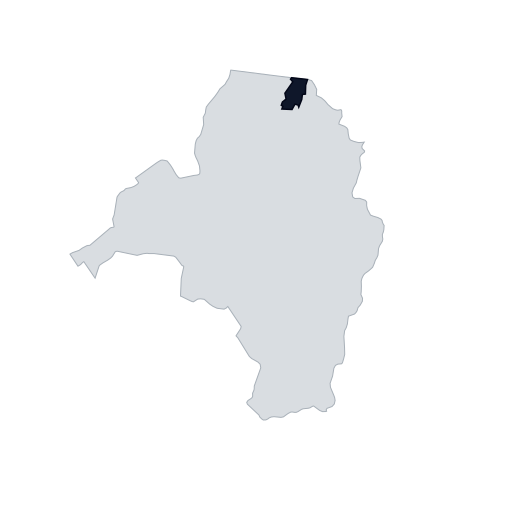 location of Budi, Eastern Equatoria, South Sudan, rotated 236°
{"feature_id": "79223893B70583427213056", "entity_name": "Budi", "entity_type": "district", "adm_level": 2, "iso_a3": "SSD", "parent_name": "South Sudan", "parent_adm1": "Eastern Equatoria", "projection": "natural_earth1", "projection_center": [33.404, 4.372], "detail": "fine", "context": "in_parent", "style": "filled", "palette": "ink", "viewbox_px": 512, "rotation_deg": 236, "n_neighbors": 0, "source": "geoboundaries", "source_scale": "gbopen_adm2", "svg_char_len": 4060}
<svg xmlns="http://www.w3.org/2000/svg" viewBox="0 0 512 512"><g transform="rotate(236 256 256)"><path d="M385.1,383.8L372.7,398.2L371.8,399.0L370.3,400.2L365.3,400.2L360.2,399.5L355.4,395.8L350.6,398.6L347.5,399.5L345.7,399.9L341.4,400.3L335.3,401.9L332.6,403.8L331.1,405.3L329.9,408.1L329.3,408.4L328.2,408.1L326.6,407.0L323.4,405.3L321.8,401.8L320.3,399.6L319.0,398.5L313.9,402.0L311.4,402.9L309.4,402.8L305.7,400.8L301.6,399.1L299.4,399.1L296.3,401.2L292.7,404.4L290.8,407.6L289.9,409.4L288.7,406.5L287.4,404.8L285.7,404.1L282.3,404.8L281.4,403.7L281.3,401.3L280.8,399.0L279.9,397.3L277.2,395.6L270.4,392.2L265.1,385.3L262.5,382.1L260.6,380.1L257.8,374.7L254.7,370.9L250.9,369.2L248.4,370.1L245.9,374.1L241.0,377.8L238.8,377.9L235.9,375.9L232.4,374.5L225.9,373.8L223.3,375.6L219.8,378.5L216.8,380.2L215.0,380.4L213.3,379.7L211.4,379.3L209.7,379.3L206.2,376.6L204.5,374.7L203.3,372.9L201.3,371.6L199.1,370.6L197.5,368.9L196.6,366.9L195.4,364.2L193.7,361.8L188.5,357.6L186.9,355.1L185.8,352.6L183.7,349.9L181.4,346.3L180.7,341.0L180.6,336.7L180.1,334.7L179.1,332.7L178.0,331.0L176.2,329.1L171.9,326.4L167.5,323.2L165.4,321.4L161.4,320.7L159.0,318.9L157.0,314.9L156.2,311.7L154.1,309.2L153.3,307.4L152.8,305.3L154.4,299.0L152.1,296.8L148.6,293.8L146.1,290.7L144.6,287.8L140.2,283.9L130.4,278.1L124.8,274.5L121.8,271.2L119.1,267.9L118.8,266.6L120.6,263.4L120.9,260.7L119.4,257.8L113.6,252.3L109.0,246.2L105.5,244.3L97.0,242.6L94.6,242.0L92.0,240.8L89.5,238.1L88.7,234.8L90.0,229.7L89.2,228.1L87.8,227.7L88.2,226.6L89.8,224.1L92.4,222.4L99.4,219.9L99.8,218.9L100.0,215.7L100.6,214.1L103.0,209.6L103.4,207.8L103.5,204.0L103.8,202.2L104.5,200.9L106.5,198.7L107.2,197.4L107.5,194.4L107.3,188.7L108.3,186.4L112.7,181.1L113.9,178.8L114.4,176.7L114.3,174.6L114.6,172.5L115.9,170.4L117.1,169.8L120.3,169.1L122.5,169.5L138.0,166.0L139.9,166.5L140.7,168.6L140.6,172.0L140.8,173.6L141.6,174.8L144.1,176.4L145.8,179.1L146.7,180.1L149.2,181.9L160.6,197.4L163.9,198.9L167.0,198.3L173.3,195.1L176.4,194.3L198.4,195.2L200.8,194.8L201.0,194.8L204.3,202.6L205.9,204.3L229.9,204.4L229.5,202.2L229.8,199.8L234.0,195.0L234.6,194.4L238.3,192.2L242.0,190.7L249.0,188.9L251.5,186.1L252.9,183.5L253.0,178.5L253.9,177.6L255.6,176.5L263.6,171.9L265.0,171.0L279.2,181.5L287.2,189.8L287.7,190.2L288.1,190.3L288.5,190.1L288.9,189.7L289.9,189.3L293.3,189.2L299.8,188.8L301.9,187.8L314.9,173.0L318.2,168.2L319.1,167.3L320.9,163.9L322.9,158.1L323.3,157.5L337.6,143.6L338.1,142.4L338.2,141.6L336.1,136.9L335.6,134.5L335.5,130.9L335.9,125.2L335.8,121.6L335.6,120.6L335.5,120.4L327.6,110.2L347.6,110.1L347.6,108.8L347.6,108.4L347.2,107.1L347.0,105.5L347.0,104.6L347.1,103.8L347.1,103.3L347.1,102.9L347.1,102.7L361.6,102.8L361.4,105.7L359.6,112.5L359.7,116.5L359.2,121.2L358.7,122.6L358.0,123.7L357.8,124.3L357.8,124.8L360.7,150.9L360.5,151.9L359.7,153.6L359.5,154.1L359.5,154.5L359.8,154.8L366.4,157.6L366.7,157.8L367.0,158.0L369.4,161.4L382.5,173.7L382.9,174.4L384.3,178.3L384.4,178.8L384.5,179.8L384.4,180.5L384.1,182.8L384.2,183.9L384.5,184.6L384.6,185.4L384.6,185.6L384.5,186.2L382.6,190.7L381.9,193.9L381.8,196.6L381.9,198.1L382.1,199.1L382.3,199.5L382.5,199.7L388.1,199.7L388.1,201.1L388.8,224.6L388.8,227.3L388.6,230.6L388.0,231.9L386.4,233.7L384.4,235.5L379.3,235.9L375.0,235.8L372.0,235.5L367.9,235.3L364.0,235.7L362.6,237.1L357.5,249.6L355.9,252.7L355.5,254.6L356.0,255.7L358.0,257.2L362.3,259.5L367.4,260.8L371.1,261.3L373.7,261.9L375.7,262.6L382.8,268.3L385.1,270.9L386.4,273.3L386.7,275.7L387.7,278.2L394.2,286.1L400.5,289.8L402.8,293.9L405.1,295.9L407.3,298.1L408.5,301.4L411.2,310.8L413.0,315.7L414.8,319.7L415.6,326.3L417.1,329.2L418.6,332.8L421.1,336.0L423.8,338.5L424.2,339.1L397.3,369.8L385.1,383.8Z" fill="#d9dde1" stroke="#a8b0b8" stroke-width="1"/><path d="M373.5,397.4L375.5,395.1L383.9,385.2L383.3,383.5L379.8,383.9L374.8,371.0L369.3,368.7L368.9,364.0L366.8,361.2L365.1,362.0L363.4,359.6L357.3,367.8L360.1,373.2L357.6,375.3L355.5,374.7L357.1,377.0L360.2,381.5L364.0,384.8L362.6,387.5L369.8,392.7L373.5,397.4Z" fill="#0f172a" stroke="#020617" stroke-width="1.5"/></g></svg>